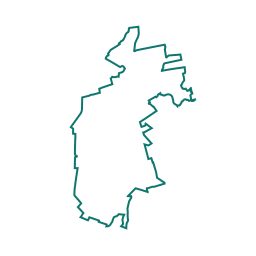 Mihail Kogalniceanu, Constanta, Romania, rotated 342°
{"feature_id": "2599482B89648191700760", "entity_name": "Mihail Kogalniceanu", "entity_type": "district", "adm_level": 2, "iso_a3": "ROU", "parent_name": "Romania", "parent_adm1": "Constanta", "projection": "orthographic", "projection_center": [28.516, 44.369], "detail": "fine", "context": "isolated", "style": "outline", "palette": "teal", "viewbox_px": 256, "rotation_deg": 342, "n_neighbors": 0, "source": "geoboundaries", "source_scale": "gbopen_adm2", "svg_char_len": 5400}
<svg xmlns="http://www.w3.org/2000/svg" viewBox="0 0 256 256"><g transform="rotate(342 128 128)"><path d="M135.9,48.3L134.9,48.9L132.3,51.0L132.0,51.1L132.2,52.3L132.0,52.6L131.8,52.9L130.5,52.9L129.8,53.4L129.4,53.7L128.8,54.2L128.5,54.6L128.3,55.3L131.3,58.5L135.8,63.6L139.3,67.6L140.4,67.4L141.4,67.3L142.0,67.4L142.3,67.7L142.6,68.1L142.8,68.5L143.0,69.0L143.2,69.9L143.4,70.5L142.9,71.0L142.7,71.1L142.3,71.5L141.2,72.6L140.9,72.8L139.8,73.1L139.3,73.1L138.5,73.2L137.8,73.0L137.4,73.1L136.3,73.1L136.1,73.4L136.1,73.7L134.9,76.3L133.9,75.7L132.0,75.8L130.9,75.5L129.3,74.8L129.0,74.5L128.7,74.4L127.2,75.7L126.9,75.7L126.6,81.5L122.6,81.5L115.5,81.6L113.9,81.8L112.8,81.8L112.1,85.8L109.0,85.6L104.6,85.4L104.0,85.1L102.9,85.0L102.1,85.1L101.7,85.1L101.5,85.3L101.1,85.3L93.9,84.8L90.0,96.0L89.5,97.0L89.0,97.9L88.4,98.6L87.5,99.5L86.3,100.4L73.9,109.5L75.6,111.7L74.0,116.4L76.1,117.3L74.9,121.3L74.7,121.4L70.3,133.8L69.5,136.4L69.5,136.8L69.5,137.1L70.2,139.2L70.5,139.1L70.5,139.3L68.6,139.4L66.4,145.5L66.5,145.8L66.3,146.0L66.2,146.2L65.0,149.7L67.7,150.6L63.5,158.9L61.0,164.0L60.8,164.5L59.9,166.4L58.7,168.8L58.4,169.7L58.2,169.9L58.1,170.2L56.3,175.0L56.4,176.2L56.7,176.6L57.4,178.3L58.8,181.6L60.2,185.1L58.9,186.0L55.9,187.7L59.3,195.1L58.1,195.9L56.8,197.2L55.3,198.2L61.4,203.4L61.9,203.0L62.5,202.4L62.8,201.9L63.7,201.0L71.8,207.1L71.1,208.2L77.9,213.2L77.3,214.5L77.1,214.8L78.1,214.9L78.5,215.3L79.1,215.3L79.9,215.1L80.7,214.8L81.1,214.7L81.9,214.0L83.2,212.9L84.0,212.4L84.2,212.2L84.3,211.9L84.8,211.2L85.6,210.1L86.3,209.4L86.5,209.1L86.8,208.6L87.1,208.5L88.1,208.3L89.8,208.4L90.1,208.4L90.6,208.0L91.6,207.8L92.5,207.1L97.6,209.3L96.0,210.9L95.6,211.5L94.4,213.5L94.3,213.9L94.1,215.2L93.8,217.1L93.6,217.7L93.4,217.9L93.1,218.2L91.1,219.4L93.9,221.6L95.4,222.8L95.8,221.6L96.3,220.3L97.1,218.6L97.7,217.7L98.6,217.0L99.1,216.4L99.6,215.7L99.8,214.2L100.5,211.4L101.9,207.5L102.6,204.4L106.4,198.1L109.4,195.4L109.7,195.0L110.2,194.0L110.6,194.1L110.0,193.8L108.6,193.5L107.9,193.2L106.9,192.8L107.0,192.7L116.6,187.7L122.2,191.5L126.9,194.9L127.0,194.5L126.8,193.4L126.9,192.7L127.0,192.0L127.3,191.2L127.7,191.3L128.5,191.4L132.6,191.4L133.5,191.5L134.7,192.0L140.9,192.1L145.6,192.2L145.8,191.4L140.3,184.4L140.3,184.1L140.9,180.1L141.1,178.2L141.2,173.7L141.2,173.3L141.3,168.5L140.8,168.5L140.9,163.9L137.8,163.8L138.7,148.7L142.0,150.9L145.6,150.0L141.3,140.2L141.1,139.8L141.1,137.0L141.7,137.1L144.3,136.7L150.5,135.5L146.1,129.3L145.9,129.5L145.6,130.5L145.4,130.7L145.3,130.8L145.0,131.0L143.9,131.1L141.2,131.1L141.2,126.0L148.0,124.2L160.4,120.6L159.0,115.7L158.8,115.7L158.7,115.8L156.6,112.2L155.3,111.4L155.3,111.2L156.0,110.4L156.7,110.3L156.2,108.3L163.9,106.7L164.3,107.1L164.2,107.3L164.4,107.5L165.5,107.0L165.9,106.8L166.3,106.3L166.5,105.9L167.0,105.6L167.3,105.5L167.3,105.4L167.5,105.3L168.0,105.5L169.0,105.0L169.4,104.8L169.5,105.5L169.5,106.3L170.0,106.7L170.6,106.9L171.4,107.6L171.6,108.0L172.2,108.1L172.5,108.3L173.2,108.4L173.5,108.4L173.7,108.2L174.1,108.2L175.7,108.2L176.9,108.5L177.4,108.7L178.4,109.5L179.1,110.2L179.3,110.6L179.5,111.2L179.6,111.4L179.7,112.4L179.6,112.6L179.6,113.4L179.6,113.8L179.6,114.5L179.4,116.3L179.1,117.4L179.1,117.9L179.3,118.4L179.4,118.8L179.5,119.0L179.8,119.6L180.1,119.9L180.4,120.1L180.7,120.5L180.9,120.8L181.4,121.2L181.6,121.5L181.5,122.1L181.6,122.3L181.7,122.0L182.8,122.1L183.4,122.2L183.6,122.2L183.6,122.4L183.9,122.5L184.7,122.0L184.9,121.7L185.2,121.5L185.5,121.5L186.3,120.7L186.8,120.2L187.1,120.0L187.2,119.9L187.1,119.7L187.3,119.5L187.8,119.6L188.0,119.5L188.0,119.4L188.5,119.2L188.9,119.0L189.1,118.8L189.4,118.7L189.5,118.6L190.3,118.3L191.1,118.3L191.5,118.5L192.0,118.9L192.4,119.4L192.8,119.5L192.9,119.4L193.1,119.5L193.4,119.7L193.6,119.8L193.9,120.1L194.1,120.3L194.2,120.7L194.4,121.0L195.0,121.1L195.7,121.0L196.4,121.3L196.7,121.8L196.9,121.9L198.6,122.5L198.8,122.5L199.0,122.2L199.8,121.8L200.6,121.8L200.6,121.5L198.4,121.5L196.9,121.0L197.4,116.2L198.6,115.4L199.8,115.2L199.9,113.9L199.6,113.8L198.9,112.9L199.0,111.6L199.8,111.8L200.1,109.5L199.9,109.5L198.4,110.5L197.5,110.8L196.3,111.1L195.9,111.0L195.7,110.7L195.1,108.4L193.4,108.3L193.3,108.1L193.1,107.8L192.8,107.6L192.3,107.6L191.9,106.6L191.6,105.1L191.6,103.9L191.7,103.7L192.4,103.4L194.2,101.4L196.1,100.2L196.5,98.7L196.7,97.4L197.1,93.3L199.1,93.3L199.8,92.3L200.0,90.6L200.7,87.7L189.2,85.7L182.7,84.7L177.9,84.1L178.1,83.5L178.2,83.3L178.7,83.3L178.7,83.0L179.1,82.7L179.3,82.4L180.1,81.5L180.5,80.9L180.6,80.2L180.9,79.4L182.5,77.8L186.7,78.2L199.9,79.6L200.4,75.2L200.5,74.3L196.4,73.4L189.6,71.7L189.1,71.7L188.4,71.9L187.5,72.2L186.4,72.8L186.1,73.1L185.9,73.3L186.2,72.4L186.3,71.2L187.3,64.7L187.5,64.5L187.7,64.3L187.7,64.1L187.9,63.6L188.0,63.4L188.5,62.7L188.7,62.3L188.7,61.9L188.5,61.5L188.6,61.0L188.7,60.7L188.6,60.1L165.5,57.3L160.4,56.7L159.5,56.8L158.9,57.0L158.7,57.0L157.9,56.9L157.7,56.7L160.9,49.7L161.2,49.3L161.5,48.9L165.9,44.2L167.3,41.7L167.6,41.0L169.1,34.9L160.1,33.2L160.0,33.3L159.5,33.8L159.3,34.8L159.0,35.0L158.8,35.4L158.6,35.7L158.4,36.3L157.8,36.6L157.7,36.9L156.6,37.1L155.8,37.5L155.2,37.9L153.9,39.2L153.8,39.7L150.8,42.7L150.5,42.6L150.0,43.0L149.1,43.3L148.4,43.3L148.1,43.4L147.6,43.9L146.3,44.3L146.3,44.6L146.1,44.7L146.2,44.9L146.1,45.1L146.1,45.5L145.1,45.4L144.9,46.1L136.0,48.3L135.9,48.3Z" fill="none" stroke="#0f766e" stroke-width="2"/></g></svg>